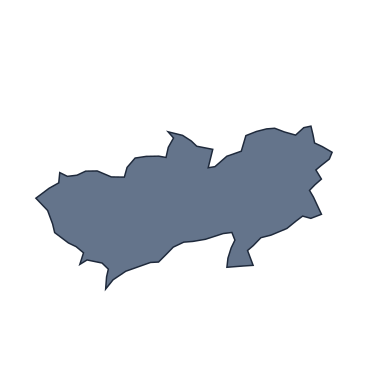 the district of Pano Koutrafas, Nicosia, Cyprus, rotated 224°
{"feature_id": "46923920B67363917084525", "entity_name": "Pano Koutrafas", "entity_type": "district", "adm_level": 2, "iso_a3": "CYP", "parent_name": "Cyprus", "parent_adm1": "Nicosia", "projection": "orthographic", "projection_center": [32.965, 35.092], "detail": "fine", "context": "isolated", "style": "filled", "palette": "slate", "viewbox_px": 384, "rotation_deg": 224, "n_neighbors": 0, "source": "geoboundaries", "source_scale": "gbopen_adm2", "svg_char_len": 1168}
<svg xmlns="http://www.w3.org/2000/svg" viewBox="0 0 384 384"><g transform="rotate(224 192 192)"><path d="M300.0,79.1L283.0,78.4L270.1,72.2L262.6,67.4L245.5,69.5L237.4,72.2L227.8,72.9L222.4,62.0L220.3,70.2L207.4,78.4L198.6,78.4L194.5,71.6L186.7,62.2L187.8,74.0L184.6,89.0L172.9,112.5L167.4,118.4L167.2,131.8L167.2,139.3L163.1,150.2L157.0,157.1L149.5,167.3L140.7,183.8L135.2,190.6L127.7,187.2L125.0,179.0L120.2,169.4L114.6,162.1L103.9,174.2L97.1,181.7L111.4,188.5L110.7,196.1L110.7,207.0L105.2,215.9L98.4,231.7L97.0,243.3L95.7,251.5L88.2,255.6L83.4,265.9L101.1,272.7L108.6,274.8L108.6,282.3L107.9,291.2L118.2,293.9L117.5,300.8L116.1,311.1L118.8,317.9L129.7,315.2L137.9,312.4L144.7,317.2L152.2,322.0L156.3,315.9L157.0,304.9L167.2,299.4L176.8,295.3L182.2,289.2L187.7,280.3L192.4,270.0L184.9,255.6L191.8,241.9L193.1,226.2L197.2,220.7L206.7,237.1L220.4,228.2L227.9,228.2L238.1,226.2L251.0,218.7L242.8,218.0L240.1,207.7L234.7,198.8L240.8,194.7L249.7,185.8L256.5,176.9L255.8,164.6L251.0,155.7L260.5,146.8L274.8,141.3L283.0,133.1L286.4,124.2L292.5,116.7L300.6,114.1L299.9,113.2L294.2,106.0L297.4,95.4L300.0,79.1Z" fill="#64748b" stroke="#1e293b" stroke-width="1.5"/></g></svg>